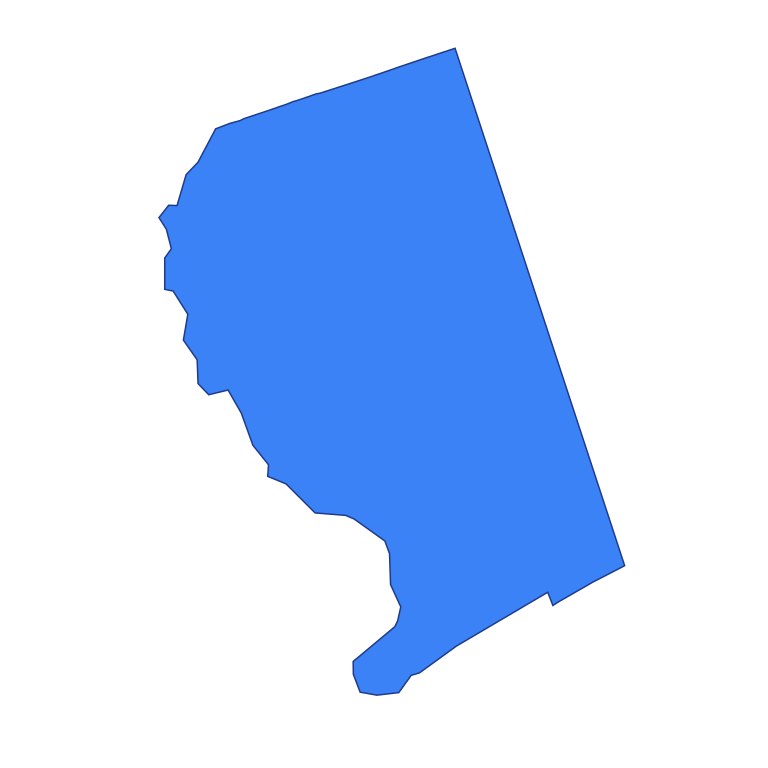 outline of Santa Rosa, Florida, United States of America, rotated 341°
{"feature_id": "52423323B90270003054506", "entity_name": "Santa Rosa", "entity_type": "district", "adm_level": 2, "iso_a3": "USA", "parent_name": "United States of America", "parent_adm1": "Florida", "projection": "equal_earth", "projection_center": [-87.113, 30.667], "detail": "fine", "context": "isolated", "style": "filled", "palette": "blue", "viewbox_px": 768, "rotation_deg": 341, "n_neighbors": 0, "source": "geoboundaries", "source_scale": "gbopen_adm2", "svg_char_len": 943}
<svg xmlns="http://www.w3.org/2000/svg" viewBox="0 0 768 768"><g transform="rotate(341 384 384)"><path d="M471.6,648.4L478.0,646.8L517.6,639.2L551.3,634.3L552.4,634.1L556.3,367.6L560.5,89.7L560.3,89.7L530.5,89.3L529.5,89.3L502.1,89.1L492.0,89.2L465.5,89.1L418.2,88.2L414.3,87.6L399.1,87.7L392.9,87.6L390.5,87.4L381.3,87.8L374.4,87.7L371.3,87.8L337.8,87.5L333.7,88.1L323.1,87.4L308.5,87.9L307.9,87.9L280.3,113.8L265.1,121.6L246.4,147.9L238.6,144.9L225.4,153.4L228.6,166.8L227.0,186.8L217.7,193.5L207.5,223.1L214.9,227.5L221.2,254.2L208.6,277.2L215.2,300.3L208.3,323.1L214.8,337.1L234.6,338.9L239.6,365.1L240.1,399.3L248.5,422.7L244.0,433.5L258.9,446.6L276.9,483.5L304.9,495.7L311.7,501.8L333.7,532.7L334.0,546.2L324.9,575.8L327.3,600.2L319.8,612.4L315.2,617.0L264.5,636.3L260.5,648.5L261.1,667.6L276.0,675.9L297.5,680.6L314.9,668.3L323.4,668.7L367.4,655.3L471.0,634.2L471.6,648.4Z" fill="#3b82f6" stroke="#1e3a8a" stroke-width="1.5"/></g></svg>